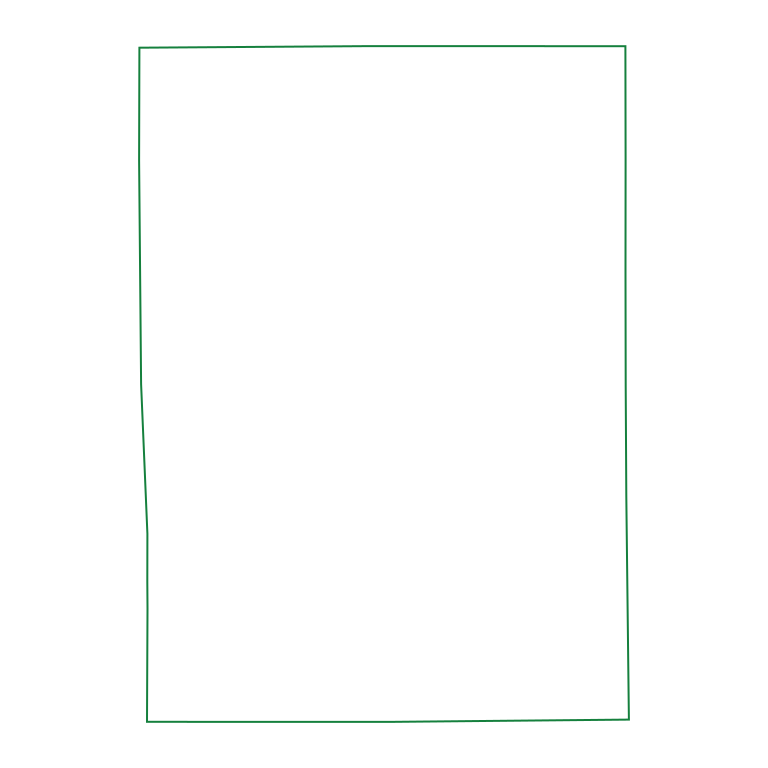 Kent, Michigan, United States of America (Natural Earth projection)
{"feature_id": "52423323B87728930289952", "entity_name": "Kent", "entity_type": "district", "adm_level": 2, "iso_a3": "USA", "parent_name": "United States of America", "parent_adm1": "Michigan", "projection": "natural_earth1", "projection_center": [-85.582, 43.031], "detail": "fine", "context": "isolated", "style": "outline", "palette": "green", "viewbox_px": 768, "rotation_deg": 0, "n_neighbors": 0, "source": "geoboundaries", "source_scale": "gbopen_adm2", "svg_char_len": 339}
<svg xmlns="http://www.w3.org/2000/svg" viewBox="0 0 768 768"><path d="M139.1,160.5L141.1,384.3L147.4,533.8L147.3,581.4L147.5,608.6L147.0,721.8L268.5,721.9L388.4,721.9L628.9,719.6L626.3,495.9L625.7,385.8L625.5,271.4L625.6,158.9L625.4,46.2L382.0,46.1L371.1,46.1L139.4,47.7L139.1,160.5Z" fill="none" stroke="#15803d" stroke-width="2"/></svg>